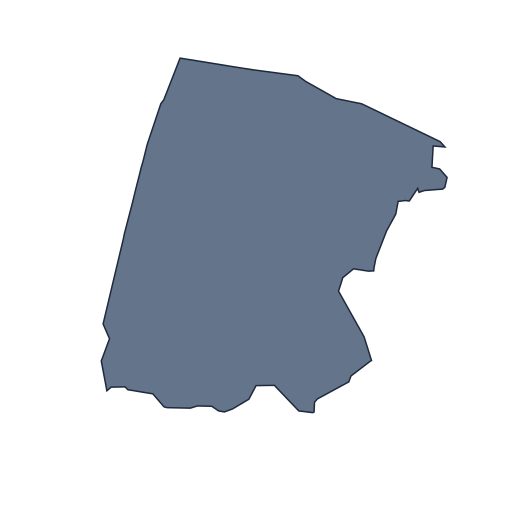 outline of Nassau, New York, United States of America, rotated 203°
{"feature_id": "52423323B42354579566723", "entity_name": "Nassau", "entity_type": "district", "adm_level": 2, "iso_a3": "USA", "parent_name": "United States of America", "parent_adm1": "New York", "projection": "natural_earth1", "projection_center": [-73.625, 40.752], "detail": "fine", "context": "isolated", "style": "filled", "palette": "slate", "viewbox_px": 512, "rotation_deg": 203, "n_neighbors": 0, "source": "geoboundaries", "source_scale": "gbopen_adm2", "svg_char_len": 1060}
<svg xmlns="http://www.w3.org/2000/svg" viewBox="0 0 512 512"><g transform="rotate(203 256 256)"><path d="M124.7,430.2L131.2,433.2L218.1,437.4L243.7,432.2L274.8,435.7L278.5,436.1L287.8,438.3L332.0,426.1L351.1,421.3L403.2,408.5L401.9,363.6L403.1,359.1L399.7,316.0L399.5,314.7L396.9,298.4L396.3,292.8L396.0,290.9L395.3,286.9L392.7,269.8L390.6,257.1L385.8,224.7L384.9,220.5L370.2,133.7L358.5,122.6L357.4,98.9L340.6,73.7L338.1,78.7L325.3,84.4L321.7,82.8L297.1,88.8L281.7,81.2L278.5,81.7L257.0,90.3L251.3,95.1L238.0,100.4L229.9,98.8L224.2,100.1L217.9,106.0L206.6,121.4L205.3,136.7L192.7,142.3L188.5,144.1L156.1,130.1L142.5,134.0L141.6,135.1L145.0,144.3L143.6,148.5L121.4,176.4L121.7,182.7L109.5,204.2L108.8,204.9L124.9,223.8L166.3,255.9L167.2,265.8L167.7,269.9L161.2,282.3L146.6,286.0L141.8,288.3L142.8,291.5L144.7,300.6L145.6,330.0L143.7,349.1L146.5,361.8L140.2,365.4L136.4,366.5L133.6,381.4L130.8,378.3L126.7,382.0L110.2,390.6L109.0,393.0L110.8,403.0L121.0,407.9L128.7,406.4L135.9,426.5L124.7,430.2Z" fill="#64748b" stroke="#1e293b" stroke-width="1.5"/></g></svg>